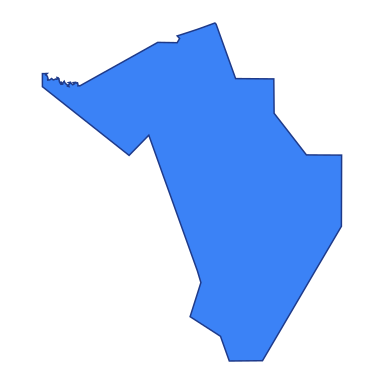 the district of Wosera Gawi District, East Sepik, Papua New Guinea
{"feature_id": "67681753B51099161190944", "entity_name": "Wosera Gawi District", "entity_type": "district", "adm_level": 2, "iso_a3": "PNG", "parent_name": "Papua New Guinea", "parent_adm1": "East Sepik", "projection": "mercator", "projection_center": [142.835, -4.087], "detail": "fine", "context": "isolated", "style": "filled", "palette": "blue", "viewbox_px": 384, "rotation_deg": 0, "n_neighbors": 0, "source": "geoboundaries", "source_scale": "gbopen_adm2", "svg_char_len": 1070}
<svg xmlns="http://www.w3.org/2000/svg" viewBox="0 0 384 384"><path d="M229.3,361.0L262.5,360.7L301.7,293.9L314.7,271.7L341.3,226.5L341.4,226.4L341.6,155.1L319.7,155.0L306.4,154.9L285.8,128.3L274.1,113.3L273.8,78.9L235.6,78.6L219.2,32.9L216.1,24.2L214.9,23.0L197.5,29.3L187.8,32.5L177.2,35.9L179.6,38.5L177.2,42.7L157.8,42.4L157.7,42.4L79.8,85.9L79.0,85.6L78.0,85.9L77.9,84.3L77.5,82.8L76.2,83.1L75.8,82.3L73.3,82.6L74.4,83.8L72.8,84.8L71.0,83.2L70.5,82.2L68.6,82.6L70.0,83.4L68.4,85.0L69.0,86.6L67.4,86.2L67.3,84.9L65.7,83.7L64.8,82.6L64.2,81.2L63.0,82.7L62.7,84.2L61.4,84.3L61.7,82.8L61.1,82.1L60.4,83.5L59.6,82.2L59.3,81.3L59.2,80.2L58.9,79.6L59.1,79.0L58.0,77.7L57.0,77.5L57.4,78.9L56.7,79.3L55.5,79.0L54.4,79.6L53.2,79.9L51.6,78.5L50.8,79.1L49.8,79.9L47.7,80.1L47.6,79.3L48.1,79.1L47.7,77.4L47.2,76.1L45.7,74.9L47.2,73.5L46.0,73.5L44.7,73.6L42.4,73.6L42.4,86.7L129.1,155.4L132.4,152.0L148.8,135.2L158.5,162.3L163.0,175.0L169.5,193.0L182.2,228.5L197.4,270.9L200.9,282.6L190.1,316.7L220.5,336.3L229.3,361.0Z" fill="#3b82f6" stroke="#1e3a8a" stroke-width="1.5"/></svg>